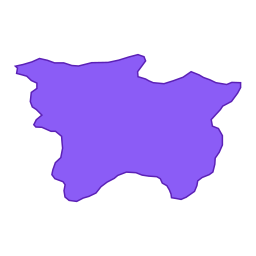 outline of Mark, Västra Götaland, Sweden
{"feature_id": "70781695B92952656574297", "entity_name": "Mark", "entity_type": "district", "adm_level": 2, "iso_a3": "SWE", "parent_name": "Sweden", "parent_adm1": "Västra Götaland", "projection": "equal_earth", "projection_center": [12.633, 57.47], "detail": "fine", "context": "isolated", "style": "filled", "palette": "violet", "viewbox_px": 256, "rotation_deg": 0, "n_neighbors": 0, "source": "geoboundaries", "source_scale": "gbopen_adm2", "svg_char_len": 1383}
<svg xmlns="http://www.w3.org/2000/svg" viewBox="0 0 256 256"><path d="M52.2,172.9L51.9,174.7L54.9,178.7L63.0,181.7L65.1,184.7L64.0,190.7L65.0,197.0L69.1,200.4L76.7,201.4L83.3,198.0L88.9,196.4L96.0,193.0L101.0,186.7L107.1,182.1L114.2,178.4L117.8,175.4L126.4,172.1L136.0,172.7L142.1,175.1L148.7,176.1L156.8,176.7L160.3,178.7L162.3,183.1L166.9,185.7L169.4,190.0L171.0,194.0L171.5,197.7L176.3,198.5L181.1,199.4L185.7,197.4L185.9,197.4L194.5,191.4L196.9,185.6L197.7,180.9L202.1,177.5L209.3,174.6L212.9,172.0L214.8,164.3L215.2,158.1L219.2,152.3L222.4,145.0L222.4,135.6L218.4,128.5L212.4,126.1L211.2,119.6L215.5,114.9L220.3,109.7L222.7,106.1L231.5,101.4L237.5,93.3L240.6,87.6L240.6,84.0L240.6,82.7L231.8,82.4L226.7,84.5L215.9,82.7L209.9,79.8L203.5,77.5L199.1,74.9L191.1,71.7L183.1,77.2L173.2,80.8L164.0,83.7L153.2,82.7L148.8,80.8L145.6,79.0L138.0,76.7L137.6,71.7L142.0,65.8L145.6,60.9L144.0,56.7L139.3,55.1L138.0,54.6L128.8,57.0L118.9,60.1L110.1,62.0L108.1,62.4L91.7,62.7L78.5,66.0L71.8,65.5L63.8,62.9L54.6,62.9L47.4,60.3L39.5,58.5L31.9,61.9L23.1,64.5L15.4,66.2L17.5,68.1L16.6,73.4L22.3,74.9L26.8,76.2L31.3,80.5L36.9,83.1L36.9,88.4L31.3,92.4L30.3,101.6L32.3,106.9L36.3,109.5L41.9,115.1L36.3,119.7L33.8,124.7L35.8,127.0L41.9,127.3L51.0,131.3L55.5,131.3L61.6,136.3L62.1,142.9L62.6,148.2L60.8,157.6L55.4,162.6L52.9,169.7L52.2,172.9Z" fill="#8b5cf6" stroke="#5b21b6" stroke-width="1.5"/></svg>